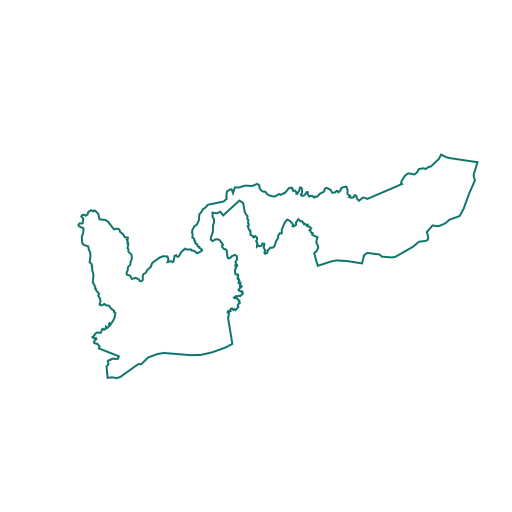 Macapá, Amapá, Brazil, rotated 21°
{"feature_id": "56859067B47097843111479", "entity_name": "Macapá", "entity_type": "district", "adm_level": 2, "iso_a3": "BRA", "parent_name": "Brazil", "parent_adm1": "Amapá", "projection": "robinson", "projection_center": [-50.803, 0.571], "detail": "fine", "context": "isolated", "style": "outline", "palette": "teal", "viewbox_px": 512, "rotation_deg": 21, "n_neighbors": 0, "source": "geoboundaries", "source_scale": "gbopen_adm2", "svg_char_len": 6132}
<svg xmlns="http://www.w3.org/2000/svg" viewBox="0 0 512 512"><g transform="rotate(21 256 256)"><path d="M265.4,346.5L252.2,324.0L251.3,318.7L250.6,318.2L249.8,318.8L249.6,318.1L249.8,317.2L252.0,316.5L251.2,314.8L252.3,313.5L254.3,314.5L254.8,313.4L256.3,313.9L257.6,310.4L257.7,309.6L256.6,308.6L256.9,306.4L257.7,306.0L256.5,303.6L255.7,303.9L254.5,302.7L252.0,302.2L251.5,303.0L250.4,302.8L251.4,300.8L252.9,300.5L254.1,299.3L255.6,299.1L257.2,296.0L256.3,295.4L256.5,294.6L255.3,293.8L254.5,294.6L252.2,294.3L251.8,293.8L252.7,291.5L252.3,290.9L253.3,290.6L253.5,289.4L252.7,289.0L252.3,289.8L251.4,289.3L251.1,286.6L249.5,287.5L248.9,285.7L249.4,284.9L248.0,283.5L247.2,284.0L246.6,283.2L246.7,281.1L245.9,279.8L244.2,280.5L243.2,280.2L241.4,276.8L241.6,274.6L241.0,273.9L242.0,271.9L241.5,271.3L240.1,271.9L240.1,270.1L239.0,268.8L239.6,266.0L238.1,263.0L235.8,262.6L233.8,264.5L232.3,267.4L230.8,268.1L229.4,266.7L226.7,261.3L225.2,260.6L223.8,261.0L221.4,259.9L220.6,258.3L221.2,257.4L216.6,254.3L214.4,254.0L212.1,255.1L210.1,257.7L207.8,256.8L207.3,254.6L207.1,248.9L204.9,242.8L204.8,239.6L203.6,236.8L201.2,234.6L199.9,231.1L204.1,230.2L206.8,227.4L210.8,229.9L220.6,210.2L223.8,210.8L225.1,211.3L229.5,218.6L231.2,220.4L233.8,221.8L234.4,224.2L236.1,225.4L236.5,227.8L237.4,228.3L238.3,230.1L237.5,230.9L240.1,234.0L241.7,234.4L241.6,235.3L242.4,235.7L243.3,238.2L245.9,238.5L246.5,239.4L247.3,239.4L248.2,237.7L250.3,238.5L251.1,240.6L250.8,242.1L252.3,243.0L253.6,246.9L254.4,245.4L256.1,245.6L257.5,244.4L257.4,242.2L259.0,241.5L259.8,242.3L260.0,245.2L262.5,247.5L262.6,249.7L263.5,250.6L265.1,249.4L265.4,248.3L264.7,246.6L265.5,245.7L266.3,243.2L268.6,242.3L269.8,240.1L269.4,235.3L270.2,230.9L269.5,229.7L269.5,227.7L270.2,226.1L271.6,226.0L271.8,224.7L270.6,222.5L270.8,215.3L271.5,212.2L272.3,210.8L274.9,211.0L278.7,212.9L279.6,213.6L279.5,215.1L280.3,215.0L282.3,212.5L281.4,210.6L282.3,206.4L285.2,207.6L286.7,207.0L289.4,209.1L290.2,208.3L292.4,209.5L293.1,208.4L293.8,209.8L295.2,209.4L297.6,210.3L296.7,212.7L297.8,212.8L298.7,214.1L300.8,214.5L300.4,215.2L301.0,216.1L306.8,216.5L306.9,219.8L307.7,222.0L310.6,224.8L311.2,226.5L310.7,230.3L309.4,231.9L309.7,233.1L317.2,243.0L328.5,233.9L332.7,231.3L342.8,228.1L357.6,224.9L356.6,216.4L358.9,213.2L370.9,210.3L373.7,211.5L382.9,208.8L386.1,207.2L399.4,190.9L403.0,184.3L408.5,181.4L410.3,179.8L410.6,178.2L409.7,176.1L406.9,172.4L409.9,164.2L414.8,163.1L417.0,161.7L421.3,157.3L423.5,152.9L431.8,145.7L432.9,137.3L432.6,121.4L433.3,106.9L430.7,103.7L430.0,101.3L429.2,89.1L402.6,95.0L398.3,95.6L392.5,95.0L391.9,99.9L387.2,109.8L385.3,110.9L383.2,114.0L380.8,114.1L376.9,116.5L376.2,120.5L374.8,123.1L368.7,124.2L368.0,124.8L366.0,128.5L365.1,134.2L365.4,136.1L366.5,136.5L339.5,162.8L336.2,162.7L334.8,163.3L332.3,167.5L329.5,166.1L327.9,163.8L327.1,163.6L326.2,164.1L326.3,165.6L324.9,167.2L321.9,167.7L322.2,165.9L320.5,165.9L318.8,164.7L317.9,161.6L315.5,159.0L314.7,159.1L311.3,161.9L311.3,164.7L310.2,167.0L308.7,166.1L307.9,166.3L307.1,168.2L305.1,169.5L304.1,169.4L301.7,167.4L297.5,167.1L296.1,168.8L296.5,171.4L293.2,175.2L292.3,177.9L291.2,179.1L289.8,179.4L289.4,180.6L287.1,179.8L285.4,180.3L284.5,181.4L282.1,179.8L281.4,177.8L280.6,177.9L279.3,182.2L277.4,183.4L275.8,182.7L276.3,181.1L275.7,178.7L275.0,177.0L273.5,176.0L272.5,176.3L272.9,179.6L272.2,183.3L271.5,183.5L271.0,182.1L269.0,181.0L267.3,181.9L266.1,180.0L265.3,180.2L264.8,179.4L262.5,180.8L260.1,187.4L259.4,187.4L257.0,190.2L255.7,189.8L254.7,190.6L252.7,193.4L249.8,194.5L244.7,194.5L241.6,192.6L240.2,193.3L237.4,193.0L235.1,191.5L233.7,188.8L231.2,188.3L227.4,192.0L220.6,194.2L215.6,198.1L211.7,199.5L212.0,205.5L209.4,202.5L208.0,203.1L205.8,206.2L206.8,210.6L208.2,213.0L206.4,216.6L192.7,225.4L191.3,229.3L189.5,231.4L189.5,233.3L188.2,237.6L189.9,243.2L189.5,248.0L187.8,250.5L187.2,255.0L187.9,256.2L187.8,257.0L189.1,258.5L190.0,261.6L191.9,261.9L192.9,263.9L194.2,264.2L194.3,265.2L195.4,266.2L196.8,266.1L198.0,267.8L199.8,267.8L200.1,268.6L203.2,269.4L203.6,270.0L203.2,271.1L200.1,274.6L196.2,273.3L193.9,273.9L192.9,273.2L188.5,274.9L187.0,274.6L184.8,279.1L183.9,284.5L182.0,284.8L181.1,283.9L179.9,285.2L180.9,290.4L180.4,291.6L178.8,291.2L175.6,293.4L175.5,290.6L173.5,288.2L169.4,289.5L166.9,291.6L161.6,299.7L161.6,304.2L159.6,307.9L159.0,311.5L157.6,313.1L157.2,314.5L158.8,318.7L158.7,319.7L157.5,320.8L156.8,321.1L155.2,319.9L151.5,319.5L148.4,321.9L145.5,319.5L141.9,319.6L141.2,317.9L141.3,314.9L140.4,312.5L141.8,309.1L141.0,306.2L141.1,302.9L139.3,299.3L135.3,297.7L134.6,295.6L133.2,294.7L132.7,290.8L131.8,290.7L131.3,289.9L131.6,289.0L129.6,287.1L130.2,286.7L129.8,284.8L126.6,285.4L124.1,283.3L120.3,282.1L118.9,280.2L116.0,280.3L114.3,281.9L113.4,281.8L105.6,277.0L102.4,276.4L96.7,277.8L93.6,273.1L89.6,271.4L88.6,271.6L88.3,272.6L85.6,272.3L83.7,275.0L83.8,277.6L82.5,279.5L80.6,279.1L79.0,280.1L78.7,281.7L81.1,282.7L82.4,287.2L81.9,288.1L79.7,288.7L79.0,290.3L79.4,291.1L79.9,291.7L84.6,291.9L85.3,292.7L86.5,296.8L86.3,299.9L89.0,306.0L90.9,307.3L96.0,307.2L97.8,310.2L99.5,311.6L101.3,314.8L103.0,321.6L105.0,322.2L106.7,324.1L106.5,324.9L107.2,325.4L108.0,327.7L111.0,331.7L112.9,338.8L117.1,342.6L117.4,343.9L118.3,344.1L118.7,345.1L123.1,347.6L122.9,349.6L125.8,351.9L127.2,354.4L127.1,356.6L127.7,357.6L129.8,357.3L131.6,355.1L133.8,355.8L136.1,355.1L137.1,355.3L139.1,356.9L143.3,358.1L143.4,359.1L145.2,359.6L146.1,365.1L145.6,368.4L144.7,372.2L143.3,371.3L143.1,372.2L144.6,373.1L144.5,373.9L143.7,374.4L142.9,376.6L141.3,375.8L141.6,377.8L140.6,379.3L139.2,378.8L138.5,379.8L138.8,382.7L138.1,383.7L135.3,384.2L133.6,386.4L133.6,388.1L132.3,390.2L133.8,391.0L136.1,390.0L136.8,390.8L135.8,392.2L135.6,394.8L136.4,395.3L139.6,394.9L142.4,396.6L142.4,398.6L163.9,398.8L164.0,401.4L160.9,402.8L160.2,402.5L157.6,404.4L157.4,405.3L156.5,405.5L155.3,407.3L157.1,409.8L156.1,412.7L161.1,422.9L165.8,420.6L169.4,420.1L172.7,417.5L183.4,401.2L185.5,398.6L187.1,398.6L187.9,397.7L191.6,389.5L199.0,382.9L204.6,379.6L230.5,372.0L239.6,368.3L249.2,361.9L260.3,352.4L265.4,346.5Z" fill="none" stroke="#0f766e" stroke-width="2"/></g></svg>